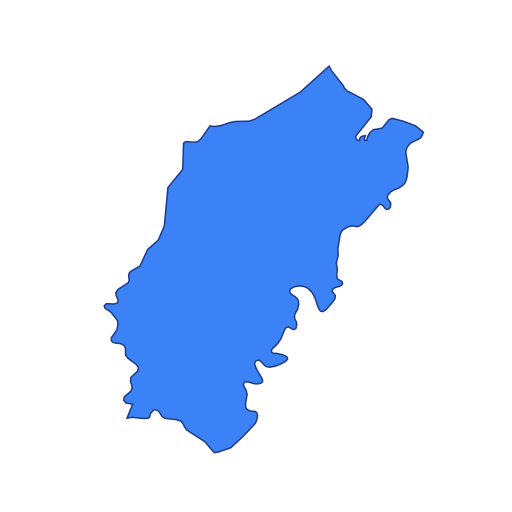 outline of Somme, rotated 102°
{"feature_id": "FRA-5345", "entity_name": "Somme", "entity_type": "Metropolitan department", "adm_level": 1, "iso_a3": "FRA", "parent_name": "France", "parent_adm1": "", "projection": "albers", "projection_center": [2.405, 49.975], "detail": "fine", "context": "isolated", "style": "filled", "palette": "blue", "viewbox_px": 512, "rotation_deg": 102, "n_neighbors": 0, "source": "natural_earth", "source_scale": "10m", "svg_char_len": 3313}
<svg xmlns="http://www.w3.org/2000/svg" viewBox="0 0 512 512"><g transform="rotate(102 256 256)"><path d="M55.0,223.9L59.1,220.7L70.9,206.4L73.5,204.3L75.5,201.3L80.6,183.2L88.3,173.1L95.9,172.2L117.5,183.1L119.7,183.0L121.5,181.1L121.6,178.8L119.2,178.9L117.8,178.3L116.6,176.8L115.5,174.2L120.0,174.3L120.0,171.7L115.7,171.6L111.3,170.1L107.9,167.3L106.5,163.4L104.5,159.0L95.1,154.3L93.0,151.4L93.5,140.4L95.5,127.0L100.1,117.9L105.1,119.0L107.1,120.3L112.9,127.7L115.0,129.2L117.9,130.7L121.1,131.2L123.8,130.9L137.3,125.7L146.2,124.7L150.9,124.9L154.3,125.7L158.4,128.9L160.1,130.8L163.1,135.4L165.3,137.6L169.1,139.8L171.6,139.7L173.4,138.4L174.8,136.5L176.6,135.1L180.4,134.7L182.5,136.0L183.3,137.8L182.4,139.9L180.7,141.8L179.6,143.9L179.7,145.9L199.9,157.0L203.9,159.8L206.1,162.5L206.4,164.7L206.4,167.0L207.2,169.9L208.9,172.8L212.4,176.5L215.1,177.7L218.5,178.1L232.0,177.4L237.6,175.9L240.4,175.7L244.0,176.0L246.5,175.8L252.2,173.6L257.1,173.2L260.0,172.4L261.8,171.1L262.5,168.1L263.1,166.5L265.2,165.5L266.9,166.3L268.5,168.3L269.8,171.0L271.7,173.6L273.8,174.4L275.4,173.5L278.0,170.3L280.7,169.8L283.9,170.8L294.0,176.3L296.4,178.9L296.6,181.3L294.9,183.2L292.3,185.2L285.0,189.4L280.3,193.3L277.6,197.0L276.6,199.3L276.1,201.4L275.9,203.6L276.0,205.8L276.5,208.0L277.2,210.3L278.5,212.6L280.7,215.1L282.9,215.8L284.9,215.1L286.1,213.3L287.8,209.1L288.9,207.1L291.0,205.2L294.4,204.2L299.5,204.2L304.6,205.9L307.8,205.6L310.1,204.5L312.1,202.8L314.7,201.9L318.5,201.9L320.1,203.5L320.0,205.4L319.2,207.5L318.6,209.5L319.7,211.6L322.4,212.7L332.0,214.5L336.8,216.4L340.0,218.3L342.7,220.5L344.2,221.1L345.8,221.2L347.2,220.1L347.5,219.0L347.4,217.5L346.9,215.5L347.0,211.1L347.2,208.8L347.6,206.5L348.4,204.6L350.1,203.7L352.1,204.6L354.0,206.3L357.3,210.5L359.6,214.0L361.7,218.8L362.1,221.0L361.9,223.1L361.0,225.2L358.1,229.3L357.3,231.5L358.3,234.1L360.2,234.9L362.5,234.7L367.0,231.6L375.0,224.3L377.0,223.4L378.8,224.1L379.9,225.8L380.8,228.0L381.2,230.3L381.2,232.8L380.9,235.4L380.8,238.0L381.6,240.7L383.2,241.6L385.1,241.4L389.6,237.6L393.4,235.9L402.0,235.6L406.3,234.5L407.7,233.0L408.5,231.2L408.8,229.3L408.2,224.3L409.3,222.6L411.7,221.3L416.5,221.2L419.1,221.7L421.0,222.5L433.6,230.2L434.8,230.9L448.8,240.8L455.5,252.0L457.0,255.6L455.8,257.7L448.3,267.4L440.6,287.6L438.0,290.4L435.3,292.4L433.2,295.1L432.6,300.2L433.5,307.7L433.6,311.2L432.7,314.4L428.9,318.0L427.4,320.2L427.4,323.6L431.5,326.3L435.9,326.6L437.1,327.8L438.3,331.9L439.5,343.3L441.4,348.5L426.6,345.8L426.8,352.4L424.6,355.5L421.0,355.5L414.3,350.3L411.2,349.7L408.2,350.6L405.0,352.6L400.8,353.2L393.2,347.8L389.4,347.9L386.8,350.9L382.8,359.8L380.1,363.0L374.2,364.3L371.5,365.6L370.0,369.3L370.0,372.1L370.4,375.0L370.3,377.7L369.0,379.8L366.2,380.5L357.0,376.7L351.3,376.9L348.1,378.0L341.7,385.4L340.4,387.8L339.4,390.7L338.1,393.2L336.2,394.1L333.7,392.4L332.5,385.0L330.9,382.0L328.3,381.4L323.4,384.7L320.9,385.5L317.3,384.0L308.6,375.3L306.1,375.0L301.2,376.6L298.7,376.4L296.5,374.8L290.0,367.4L272.2,363.4L260.8,354.9L245.8,351.9L207.4,356.4L186.5,345.7L160.7,350.3L158.7,348.5L157.6,340.3L156.4,336.9L153.0,334.3L138.3,328.0L138.1,324.2L137.4,321.8L135.4,316.8L130.9,309.3L128.7,304.1L125.5,290.6L122.4,285.6L86.4,246.7L55.0,223.9Z" fill="#3b82f6" stroke="#1e3a8a" stroke-width="1.5"/></g></svg>